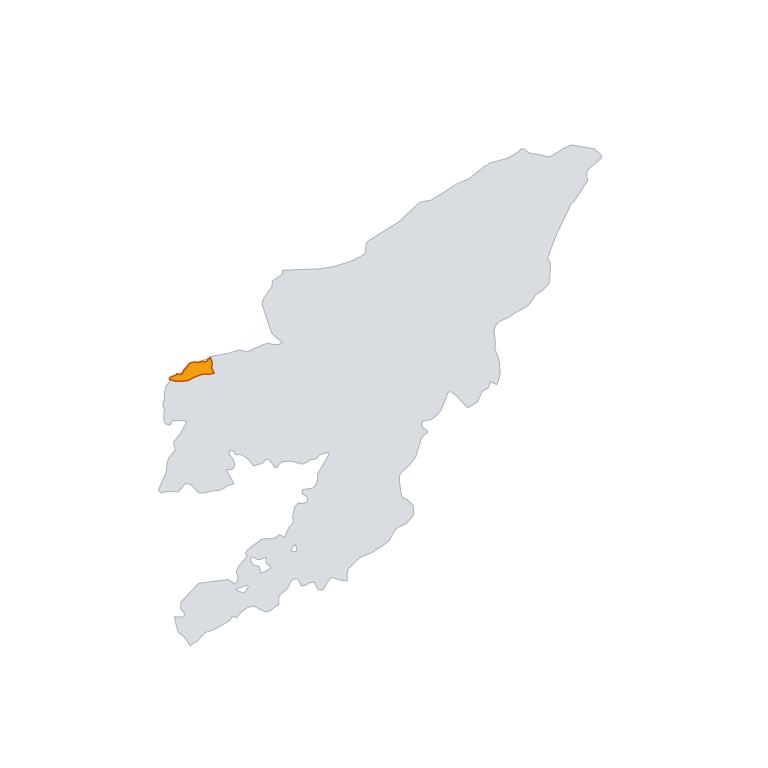 Manas, Talas, Kyrgyzstan (highlighted), rotated 329°
{"feature_id": "92254566B74004899907305", "entity_name": "Manas", "entity_type": "district", "adm_level": 2, "iso_a3": "KGZ", "parent_name": "Kyrgyzstan", "parent_adm1": "Talas", "projection": "albers", "projection_center": [71.777, 42.691], "detail": "fine", "context": "in_parent", "style": "filled", "palette": "amber", "viewbox_px": 768, "rotation_deg": 329, "n_neighbors": 0, "source": "geoboundaries", "source_scale": "gbopen_adm2", "svg_char_len": 4629}
<svg xmlns="http://www.w3.org/2000/svg" viewBox="0 0 768 768"><g transform="rotate(329 384 384)"><path d="M178.4,457.5L180.2,456.4L186.1,455.2L197.9,454.1L202.0,455.0L210.1,459.9L216.3,459.4L217.5,460.0L219.8,464.1L228.4,458.1L234.7,456.3L237.8,450.2L244.5,443.0L250.2,441.8L250.3,442.9L251.4,444.0L257.3,445.6L259.0,443.7L259.9,441.1L257.9,436.9L257.8,435.2L259.7,432.6L269.0,436.5L271.0,436.4L275.3,434.1L279.1,430.1L280.5,427.1L299.3,416.8L300.6,414.9L300.3,413.6L292.4,411.4L288.8,412.8L285.5,412.8L283.5,411.4L273.8,410.9L271.7,409.9L265.2,402.8L257.3,398.3L253.4,398.5L248.9,400.5L247.4,399.6L247.1,392.8L246.1,388.7L243.4,387.8L239.9,389.4L230.2,387.2L229.1,378.6L225.4,371.1L220.4,368.1L220.2,363.5L218.4,361.6L216.9,362.1L214.9,364.4L215.9,369.4L215.1,374.4L214.0,377.0L211.7,378.8L209.2,378.8L204.8,376.3L204.1,391.5L203.2,392.4L198.0,390.2L193.8,391.1L187.5,390.2L182.8,387.6L173.6,384.7L169.3,381.9L166.8,371.6L164.3,368.0L162.0,367.2L152.2,370.5L142.3,364.2L137.4,362.8L136.1,360.9L136.4,358.5L151.7,347.5L157.8,339.7L161.5,336.5L171.1,333.1L173.3,326.0L174.1,325.2L183.7,321.8L194.5,315.6L194.8,313.9L193.7,312.4L184.1,306.5L179.2,309.1L176.3,305.8L176.3,302.4L179.6,296.5L182.3,293.6L183.5,288.0L187.4,284.3L191.5,278.3L196.3,273.5L205.3,269.9L210.3,271.1L215.0,270.2L222.3,267.3L226.7,267.0L245.4,271.5L251.6,271.7L266.2,277.5L277.6,280.3L283.2,285.9L301.5,288.2L306.6,289.8L308.4,292.5L313.7,295.9L318.1,296.6L314.0,283.0L315.4,274.9L320.7,252.7L323.6,249.3L338.2,242.7L341.5,238.0L352.1,237.8L354.3,236.9L355.4,234.2L388.8,252.5L401.5,257.5L418.9,261.8L433.6,262.8L436.0,261.5L441.5,253.7L444.2,253.2L480.4,252.7L506.0,247.1L509.8,247.1L519.6,250.8L550.3,250.0L562.4,251.9L581.4,249.4L589.5,249.3L604.3,253.6L609.5,254.3L619.0,254.3L622.5,253.1L624.7,254.2L627.4,260.8L637.1,268.8L640.8,273.2L644.3,274.8L661.4,274.6L668.0,275.8L685.3,290.7L688.2,300.1L686.8,302.2L670.2,305.2L666.5,306.9L663.2,314.5L641.4,325.2L638.1,325.4L609.2,344.4L589.3,359.9L588.9,366.6L577.7,382.7L568.6,385.3L560.7,385.5L548.1,391.0L531.4,390.5L525.7,391.1L514.7,389.7L510.4,391.1L505.9,394.5L500.2,407.0L497.7,409.9L496.7,412.8L496.0,418.7L493.9,425.1L489.0,434.9L484.5,439.5L480.3,442.5L476.6,436.9L471.1,441.2L465.7,440.7L462.5,442.0L455.3,447.4L444.4,447.7L443.1,446.1L440.3,432.4L438.1,425.9L436.5,424.5L434.5,424.4L419.3,435.9L412.1,438.2L406.1,438.7L398.1,435.8L396.5,436.7L395.2,438.5L394.7,440.7L397.2,446.8L396.6,448.0L393.1,448.1L388.2,449.7L373.5,462.9L364.0,466.6L355.1,468.1L349.9,470.6L347.0,475.4L341.5,488.7L341.8,491.4L344.3,494.9L346.4,502.9L346.0,504.9L341.4,511.7L335.3,513.8L330.5,514.9L321.3,514.2L316.6,515.6L307.9,520.8L300.8,521.8L287.2,522.2L273.9,520.4L269.5,521.1L257.8,524.2L253.8,528.9L251.7,533.2L250.5,533.8L245.8,529.9L239.8,523.1L236.8,523.2L226.2,528.8L224.7,528.6L221.6,526.5L222.0,517.9L218.6,516.2L211.4,515.7L209.0,513.8L209.8,508.3L209.0,506.2L207.1,504.6L203.3,505.0L195.8,509.6L187.0,511.1L183.9,512.6L180.4,518.6L168.7,519.7L164.9,518.3L157.9,507.1L151.9,505.3L145.6,505.6L137.2,508.3L135.2,505.9L133.0,505.2L131.1,507.1L120.7,507.2L110.3,506.7L104.3,505.2L100.4,505.2L92.6,508.1L83.1,508.4L82.5,497.9L79.8,490.8L82.9,479.4L84.6,475.7L91.6,480.2L94.1,479.5L94.8,477.3L93.9,472.1L97.5,466.5L122.4,459.4L149.6,471.2L153.1,478.5L155.4,478.2L159.3,475.0L160.5,468.8L165.9,465.3L177.7,461.3L178.4,457.5ZM192.2,483.2L192.7,482.2L190.7,476.7L193.5,471.7L188.0,470.8L185.2,469.3L182.0,464.2L181.0,463.9L179.3,465.3L178.4,468.7L179.1,472.3L183.1,475.8L181.2,482.9L189.4,483.8L192.2,483.2ZM163.5,487.9L163.3,486.4L161.4,485.6L151.1,483.5L151.5,484.9L155.4,490.3L158.4,490.7L163.5,487.9ZM224.7,479.1L225.3,475.7L219.2,477.7L218.5,479.4L220.5,481.5L223.2,482.2L224.7,479.1Z" fill="#d9dde1" stroke="#a8b0b8" stroke-width="1"/><path d="M248.9,271.7L248.2,271.8L247.0,272.2L246.5,272.2L246.1,271.9L245.7,272.0L244.5,273.1L243.6,273.1L243.2,273.3L241.5,272.7L239.8,270.9L238.7,270.6L237.8,270.6L235.8,269.8L234.2,268.7L233.8,268.4L233.4,267.6L232.7,267.3L231.5,267.2L229.3,266.2L227.7,266.5L227.4,266.3L226.8,266.3L226.6,266.4L226.2,266.7L225.7,267.2L225.3,267.4L224.4,267.7L223.7,268.1L222.0,268.7L221.2,268.8L220.7,269.1L219.1,269.4L218.5,270.0L217.0,271.1L216.5,271.2L216.1,271.2L215.0,270.7L214.1,270.8L213.4,270.5L212.7,269.4L211.4,268.5L211.0,268.6L210.9,268.7L210.8,268.8L210.7,268.8L210.5,269.0L210.4,269.0L210.1,269.1L209.8,269.2L209.6,269.1L209.4,269.0L209.2,269.1L207.3,268.6L205.4,268.2L203.9,268.3L202.4,269.6L207.1,274.5L213.6,278.3L217.8,280.1L225.2,280.5L233.1,282.0L239.5,285.8L244.0,287.2L244.5,281.4L247.7,277.6L248.9,271.7Z" fill="#f59e0b" stroke="#b45309" stroke-width="1.5"/></g></svg>